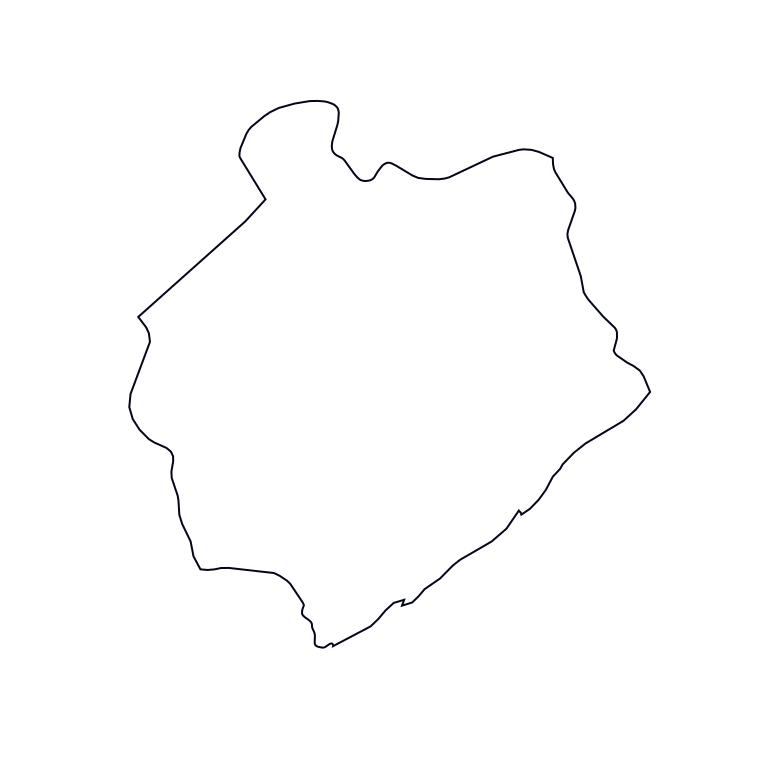 map outline of Sinoe (Albers equal-area conic projection), rotated 289°
{"feature_id": "LBR-782", "entity_name": "Sinoe", "entity_type": "County", "adm_level": 1, "iso_a3": "LBR", "parent_name": "Liberia", "parent_adm1": "", "projection": "albers", "projection_center": [-8.843, 5.349], "detail": "fine", "context": "isolated", "style": "outline", "palette": "ink", "viewbox_px": 768, "rotation_deg": 289, "n_neighbors": 0, "source": "natural_earth", "source_scale": "10m", "svg_char_len": 2518}
<svg xmlns="http://www.w3.org/2000/svg" viewBox="0 0 768 768"><g transform="rotate(289 384 384)"><path d="M463.1,638.2L442.2,630.6L427.3,622.5L393.5,594.0L381.0,586.0L366.2,579.1L361.2,578.2L351.3,573.8L336.6,571.5L324.8,567.9L313.5,562.6L305.2,556.4L306.8,555.3L307.1,555.0L307.2,554.4L308.2,552.7L287.1,546.9L270.1,537.0L242.6,513.2L235.0,508.3L218.3,500.3L203.3,489.2L194.7,485.9L186.6,481.8L180.3,473.2L186.5,473.3L180.2,464.5L170.5,459.2L159.9,455.1L150.4,450.2L119.6,421.2L120.4,421.1L121.4,420.1L121.7,419.3L121.5,418.6L120.5,417.3L116.3,414.1L115.7,413.4L115.1,412.7L114.8,411.9L114.4,410.0L114.1,407.2L114.2,405.7L114.4,404.8L115.1,403.8L116.2,402.9L123.3,400.7L124.8,400.0L125.9,399.3L126.7,398.7L130.0,395.6L131.3,394.9L133.9,393.8L135.2,392.3L136.3,390.0L137.7,385.2L138.7,382.9L139.9,381.4L142.6,380.5L144.3,380.3L146.3,380.2L147.6,380.3L148.5,380.3L149.2,380.0L151.1,378.1L164.6,360.3L166.5,356.2L168.6,348.1L169.2,343.9L169.4,341.4L159.6,297.3L157.0,289.9L153.5,284.0L150.7,277.7L149.0,270.8L159.0,260.0L172.2,252.4L185.9,238.8L193.6,233.1L206.9,227.6L211.2,225.3L226.0,213.9L232.0,211.5L242.4,209.8L247.0,208.1L250.7,204.5L252.7,199.2L253.9,185.8L255.3,179.7L261.1,167.9L269.0,157.9L279.2,150.7L292.0,147.6L347.6,149.0L355.4,145.2L360.1,140.7L367.4,129.8L492.6,199.9L520.0,211.9L550.8,174.5L552.4,173.1L555.7,172.1L560.3,171.5L575.6,172.4L580.0,173.3L583.7,174.7L598.5,183.7L604.0,187.9L610.8,194.7L620.0,208.1L627.3,221.6L630.0,229.0L631.9,236.1L632.2,239.4L632.1,244.6L631.7,246.4L631.1,248.0L630.3,249.6L629.0,251.0L627.4,252.1L625.6,253.0L617.6,255.1L613.5,255.6L597.9,256.1L595.8,256.3L592.2,257.1L590.4,257.8L588.6,258.8L587.1,260.1L586.0,261.7L585.2,263.4L584.7,265.2L584.0,270.4L583.5,272.1L582.7,273.7L572.7,287.9L570.6,291.6L569.8,293.5L569.2,295.4L569.3,297.7L569.8,300.3L571.8,304.3L573.7,306.2L575.7,307.4L583.2,309.0L590.0,311.3L592.4,313.0L594.0,314.7L594.8,316.5L595.1,318.3L595.0,320.2L594.2,325.3L590.4,343.0L590.0,349.2L591.5,356.7L595.5,369.3L598.2,374.8L600.6,378.3L634.4,413.0L649.3,435.4L651.3,439.5L653.4,447.2L653.9,454.8L652.7,470.0L646.6,472.4L642.6,474.7L639.9,477.2L624.7,495.6L620.7,502.3L618.9,504.4L616.6,506.1L612.7,507.7L610.1,508.1L589.3,508.0L585.6,508.6L583.7,509.4L581.9,510.3L550.1,534.9L535.8,543.0L533.4,545.7L530.3,549.8L519.1,569.3L512.4,583.8L511.0,585.6L509.0,587.3L504.9,588.8L502.4,589.5L490.4,590.3L488.7,591.8L486.9,594.5L483.4,606.9L482.3,613.9L480.0,621.5L475.8,627.0L463.2,638.1L463.1,638.2Z" fill="none" stroke="#020617" stroke-width="2"/></g></svg>